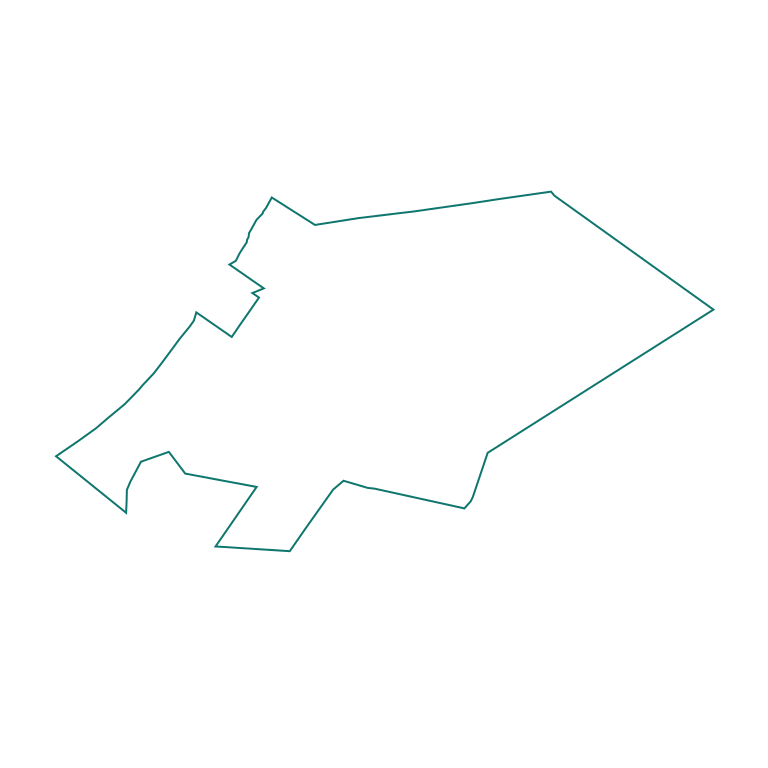 Ouad Naga, Trarza, Mauritania (Albers equal-area conic projection), rotated 35°
{"feature_id": "47542326B19423449459947", "entity_name": "Ouad Naga", "entity_type": "district", "adm_level": 2, "iso_a3": "MRT", "parent_name": "Mauritania", "parent_adm1": "Trarza", "projection": "albers", "projection_center": [-15.755, 18.145], "detail": "fine", "context": "isolated", "style": "outline", "palette": "teal", "viewbox_px": 768, "rotation_deg": 35, "n_neighbors": 0, "source": "geoboundaries", "source_scale": "gbopen_adm2", "svg_char_len": 981}
<svg xmlns="http://www.w3.org/2000/svg" viewBox="0 0 768 768"><g transform="rotate(35 384 384)"><path d="M410.5,130.6L370.9,167.7L354.5,183.4L309.0,226.0L297.2,236.5L268.1,262.6L236.2,293.3L185.1,295.6L186.4,307.3L186.2,312.2L186.8,314.0L185.4,322.7L186.5,333.0L186.9,337.8L188.8,341.3L189.1,344.3L190.3,346.7L190.5,354.6L190.8,360.2L192.0,368.0L188.9,374.8L202.3,374.7L215.9,374.7L230.3,374.6L230.7,374.6L224.0,385.0L232.0,384.9L232.1,399.3L232.1,417.3L232.3,432.8L208.9,432.9L189.2,433.0L191.9,441.1L191.9,448.1L190.7,463.9L190.2,483.6L189.9,494.4L189.3,507.5L187.0,523.1L186.5,528.8L183.2,549.1L177.7,569.1L173.4,585.7L166.1,606.5L156.8,631.3L246.6,637.4L240.1,627.2L234.1,618.2L232.2,609.2L229.5,587.0L229.6,586.9L246.7,563.0L272.6,571.4L338.7,541.4L339.2,613.7L402.7,575.0L402.6,546.6L402.9,499.7L406.3,486.5L430.4,478.4L435.9,475.3L521.2,439.8L522.3,430.4L521.6,425.7L508.4,380.9L611.2,134.1L415.6,132.0L410.5,130.6Z" fill="none" stroke="#0f766e" stroke-width="2"/></g></svg>